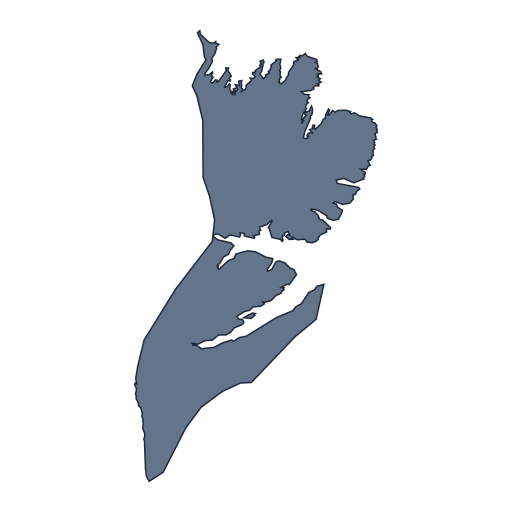 Gamvik nor, Finnmark, Norway
{"feature_id": "86288312B53598341368845", "entity_name": "Gamvik nor", "entity_type": "district", "adm_level": 2, "iso_a3": "NOR", "parent_name": "Norway", "parent_adm1": "Finnmark", "projection": "albers", "projection_center": [28.071, 70.766], "detail": "fine", "context": "isolated", "style": "filled", "palette": "slate", "viewbox_px": 512, "rotation_deg": 0, "n_neighbors": 0, "source": "geoboundaries", "source_scale": "gbopen_adm2", "svg_char_len": 5939}
<svg xmlns="http://www.w3.org/2000/svg" viewBox="0 0 512 512"><path d="M149.2,481.3L163.2,472.2L185.8,427.9L201.0,407.3L222.4,391.4L240.5,383.0L251.3,382.5L295.0,336.8L316.1,319.3L323.9,284.3L316.9,286.3L314.5,289.8L308.7,292.5L301.4,303.7L295.8,306.8L292.8,310.7L276.5,317.5L246.5,336.1L239.1,337.6L233.7,341.3L231.9,340.0L222.4,342.9L214.0,347.4L201.1,348.7L196.3,345.1L193.0,345.3L193.1,345.1L193.5,345.0L193.6,344.9L192.1,343.3L197.8,344.2L204.7,340.7L212.3,340.2L218.5,335.0L226.1,334.9L230.7,332.2L234.1,327.9L242.4,324.5L243.9,322.2L242.5,319.6L238.8,319.2L236.9,316.3L244.4,311.5L249.5,310.4L253.2,306.9L260.5,306.3L264.3,303.9L261.9,301.3L264.5,302.4L271.1,300.5L276.0,295.5L281.4,293.0L281.5,291.5L284.1,289.7L283.4,288.8L283.9,287.7L281.3,287.5L286.8,284.3L289.2,284.6L296.5,274.7L293.8,269.5L289.7,267.9L285.0,262.8L279.1,260.9L276.1,261.7L271.7,269.5L267.7,271.3L267.2,270.3L267.6,268.9L271.7,262.9L272.8,258.6L266.0,257.2L255.3,251.7L247.7,250.8L236.0,254.0L234.1,258.5L228.3,260.6L219.1,269.2L217.7,267.6L217.4,266.5L218.0,266.5L217.5,265.8L218.1,265.8L217.7,264.8L219.8,263.5L223.5,256.9L228.6,254.2L230.1,250.4L233.9,245.8L231.0,242.9L217.8,239.8L213.6,236.6L213.6,234.6L218.1,233.9L225.1,238.3L230.2,234.9L239.5,237.0L240.7,234.8L239.9,233.0L241.7,232.9L244.3,233.6L244.1,235.2L245.0,236.2L254.2,238.3L254.7,237.8L253.6,235.9L259.5,234.3L258.9,231.3L260.7,230.1L259.7,228.8L259.9,227.0L267.0,224.5L271.4,220.2L272.0,220.7L271.7,221.9L268.2,227.6L269.1,228.4L272.0,237.5L280.2,239.3L282.3,241.5L283.2,240.0L282.6,239.5L282.2,236.2L284.3,235.4L284.8,232.8L288.2,231.5L289.9,235.4L287.8,234.6L285.9,236.4L289.2,239.5L292.9,239.2L291.3,238.2L292.4,237.0L297.4,239.8L304.9,239.2L307.0,242.1L312.4,242.8L315.9,241.4L318.3,239.4L318.2,237.9L320.5,234.7L326.7,232.0L326.2,229.0L330.4,229.1L330.6,227.6L323.0,220.4L319.5,219.2L318.2,215.5L315.1,212.2L310.8,210.3L311.4,209.0L317.4,210.1L327.1,216.0L327.0,217.6L328.3,218.7L333.5,220.3L338.4,219.3L342.2,212.0L342.2,210.2L337.7,207.3L336.3,204.0L333.3,203.0L335.2,201.5L342.5,204.4L349.7,203.2L353.5,198.8L352.7,196.1L353.6,195.2L353.2,194.6L355.6,194.2L356.6,191.4L359.8,189.0L358.5,187.4L337.4,183.4L336.2,180.2L343.7,178.4L353.8,182.8L363.2,179.2L362.7,179.1L364.8,176.1L363.8,174.4L365.4,173.8L365.2,172.6L360.7,169.2L366.5,169.3L368.2,166.2L370.3,165.3L367.7,160.8L370.5,160.0L372.0,157.9L371.7,156.5L373.5,155.4L372.5,152.5L373.1,152.0L372.8,150.5L374.6,148.7L373.7,146.8L375.1,145.0L373.8,144.3L374.7,142.8L373.6,140.5L376.3,139.2L375.7,139.0L376.0,137.1L374.7,133.6L377.4,132.5L376.8,130.6L377.2,129.7L376.5,129.3L376.8,128.3L376.0,127.1L376.9,125.7L374.9,123.0L372.4,122.3L371.4,119.7L372.5,119.3L370.4,117.9L359.3,115.8L354.5,112.8L351.3,113.8L349.5,112.0L350.2,111.6L345.9,110.2L338.2,110.5L334.9,112.3L332.7,110.5L328.9,115.2L327.7,115.0L329.6,110.0L328.5,109.1L325.7,114.7L325.0,118.8L323.4,119.1L321.2,123.7L315.4,129.2L314.4,128.4L314.6,125.1L312.9,125.2L312.3,126.6L312.5,128.8L309.5,129.7L312.5,132.9L308.3,133.1L307.6,134.4L308.3,135.4L308.5,136.2L307.1,135.9L307.8,138.2L304.3,138.5L303.4,137.6L304.7,131.9L310.5,118.3L310.4,116.5L312.2,113.9L312.6,109.1L311.5,106.1L309.1,111.0L305.7,112.1L304.8,114.3L306.1,115.3L302.5,119.5L303.2,119.7L303.1,120.2L303.1,120.4L302.8,120.7L302.8,121.0L303.2,120.5L303.2,119.9L303.7,120.5L301.7,123.7L302.5,120.1L301.4,119.9L302.6,114.4L306.5,108.6L305.4,107.5L306.2,104.6L308.4,102.7L307.1,101.6L307.4,99.6L309.8,97.7L308.9,97.5L308.5,95.1L308.9,94.8L304.5,94.3L301.2,91.7L310.9,90.5L313.9,88.8L313.3,87.7L315.4,85.6L318.7,86.0L318.9,84.4L317.4,83.6L321.2,82.2L318.6,80.2L320.3,78.7L317.0,76.9L318.9,76.3L317.8,76.1L318.6,74.8L316.7,74.1L321.6,73.9L320.7,71.6L314.6,68.4L317.3,68.8L318.1,66.2L317.3,63.3L315.5,62.5L317.2,61.4L316.7,59.5L307.2,56.3L305.3,53.4L302.5,55.8L299.4,55.3L300.1,55.7L298.9,56.3L299.8,57.4L296.3,57.6L298.2,58.9L296.9,58.7L298.1,60.4L294.0,61.5L293.5,63.2L294.2,64.1L288.5,72.4L288.5,75.3L286.8,76.8L285.4,80.3L281.1,84.0L278.7,82.3L279.7,81.2L279.1,80.0L279.9,79.2L279.8,77.8L281.3,77.4L280.0,75.4L280.5,71.7L279.4,71.0L280.8,68.0L279.9,64.3L280.9,59.2L276.2,59.2L275.8,60.5L276.5,61.0L271.3,64.7L270.9,65.8L271.5,66.9L270.1,69.1L270.5,69.9L268.8,71.0L269.2,71.1L268.5,72.3L269.2,73.3L265.7,74.9L266.2,75.6L263.7,78.8L259.7,74.0L261.7,71.2L262.4,67.6L261.9,67.1L263.1,66.0L262.7,64.8L264.1,62.1L263.2,60.0L260.5,61.0L260.1,61.3L260.9,62.3L260.4,62.9L260.9,64.0L259.8,65.1L260.5,66.7L255.0,70.9L255.6,71.7L255.1,72.8L252.8,72.3L252.3,73.9L255.4,76.6L253.6,78.4L250.2,78.1L251.2,79.9L250.9,81.1L246.0,85.4L246.3,87.5L245.4,89.4L241.6,91.3L242.6,89.7L241.2,87.2L241.8,85.2L241.2,83.9L241.8,80.5L238.8,81.1L239.2,85.5L235.2,84.7L237.9,89.0L235.9,91.5L234.4,89.7L236.2,88.1L233.4,89.0L235.4,91.1L234.8,95.2L234.1,92.9L234.3,90.7L232.9,91.2L232.6,94.3L231.2,93.5L231.2,91.4L229.6,89.2L230.3,84.7L229.4,83.8L227.2,86.7L224.5,87.3L227.7,80.7L230.1,80.9L230.4,79.9L229.5,79.3L229.5,77.8L231.3,76.0L227.8,70.5L228.5,68.0L225.7,67.9L226.1,70.8L218.7,81.2L217.1,81.9L216.7,81.9L217.1,80.3L215.5,79.8L212.6,83.0L210.9,82.3L210.6,81.2L212.8,77.8L212.1,78.1L212.2,76.0L211.5,75.0L211.6,73.5L212.7,73.4L212.5,72.0L208.9,74.8L204.6,75.2L205.1,73.0L208.7,68.6L212.2,61.7L212.4,60.3L211.5,58.8L215.6,52.4L215.3,51.7L216.6,48.7L216.0,47.2L218.9,44.4L215.9,43.2L215.7,41.6L214.1,43.1L209.4,42.7L200.3,34.2L199.8,30.7L197.4,32.7L203.0,44.9L204.3,56.6L206.1,59.7L197.0,74.1L192.3,85.8L197.0,96.2L202.8,120.5L203.1,177.4L209.5,196.1L214.6,219.8L212.3,241.3L175.5,289.3L144.1,340.1L137.8,365.9L135.7,378.4L136.8,383.8L135.3,382.9L134.6,384.5L136.6,389.2L135.5,393.9L136.2,396.0L136.2,398.7L138.5,403.2L138.4,405.5L140.7,407.7L142.4,413.8L141.9,416.6L143.1,419.5L142.8,422.2L143.4,423.0L142.7,428.2L144.7,433.7L144.7,436.8L143.8,439.1L144.5,441.3L145.5,469.1L146.5,476.5L149.2,481.3ZM255.5,313.6L252.4,313.0L243.6,317.7L251.1,318.4L254.7,315.5L254.0,314.8L255.5,313.6Z" fill="#64748b" stroke="#1e293b" stroke-width="1.5"/></svg>